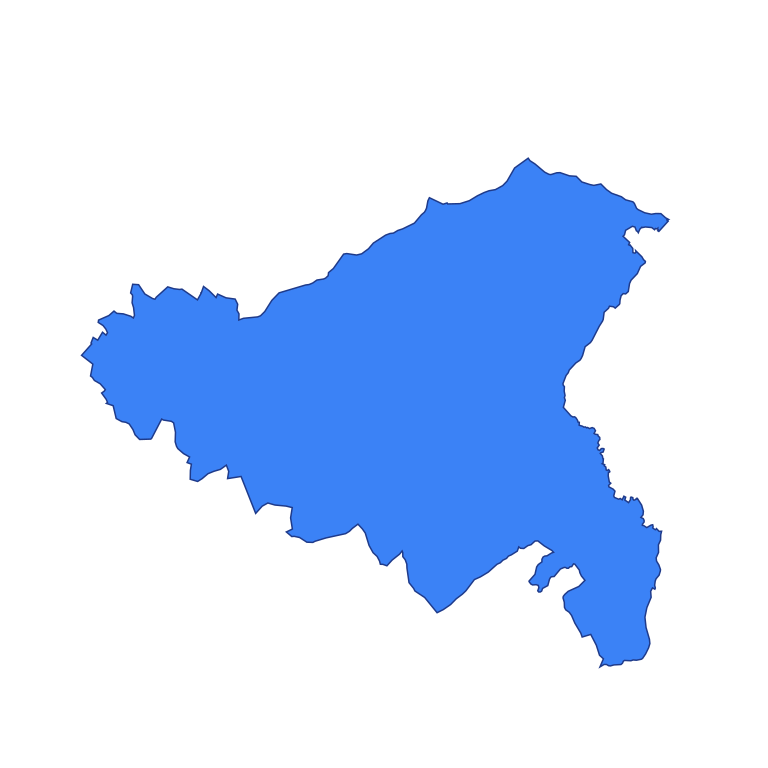 the district of Los Palmitos, Sucre, Colombia, rotated 189°
{"feature_id": "7082276B95159519870564", "entity_name": "Los Palmitos", "entity_type": "district", "adm_level": 2, "iso_a3": "COL", "parent_name": "Colombia", "parent_adm1": "Sucre", "projection": "orthographic", "projection_center": [-75.243, 9.42], "detail": "fine", "context": "isolated", "style": "filled", "palette": "blue", "viewbox_px": 768, "rotation_deg": 189, "n_neighbors": 0, "source": "geoboundaries", "source_scale": "gbopen_adm2", "svg_char_len": 6119}
<svg xmlns="http://www.w3.org/2000/svg" viewBox="0 0 768 768"><g transform="rotate(189 384 384)"><path d="M84.4,223.7L84.1,224.9L85.2,227.6L85.3,231.9L84.8,234.2L82.4,238.2L81.8,242.6L81.9,244.0L84.2,248.3L87.1,251.7L88.0,254.9L86.5,260.6L87.8,268.1L86.4,273.0L87.1,278.5L86.8,282.0L89.2,281.5L92.3,283.8L92.9,282.6L93.9,282.7L96.1,284.0L95.9,285.3L96.6,287.0L98.2,286.4L102.0,283.3L105.4,284.8L106.7,284.8L106.8,286.0L105.5,288.4L105.8,290.1L106.9,291.6L109.4,292.4L107.7,295.3L107.9,298.9L110.6,304.7L115.9,310.7L116.3,310.7L116.3,309.9L117.0,310.0L118.2,308.6L119.2,308.4L120.0,309.1L120.5,310.7L122.3,311.0L122.7,310.4L122.5,308.1L123.9,305.1L128.0,307.1L127.6,310.0L129.5,310.7L130.6,306.9L132.8,307.9L134.1,306.9L138.6,308.0L139.6,309.3L139.1,314.3L141.2,316.0L145.8,317.6L146.3,319.0L144.5,321.5L146.1,322.4L148.2,328.4L148.5,331.9L147.4,332.3L147.3,333.0L148.7,334.6L150.1,333.5L151.1,333.9L151.9,336.7L153.7,337.7L153.4,338.8L156.0,339.4L155.3,340.1L155.6,344.4L156.1,344.5L157.1,347.2L159.6,349.3L159.1,350.1L156.9,351.1L156.4,354.2L157.6,354.6L159.3,354.2L160.6,352.1L162.3,352.5L163.4,354.2L161.9,357.3L163.6,359.2L162.9,362.0L162.1,362.9L162.6,365.0L164.2,366.0L165.0,367.5L167.3,367.4L168.8,368.0L167.8,370.9L169.5,373.0L171.6,373.5L174.1,372.1L176.1,372.9L177.0,372.4L178.3,373.1L179.9,372.7L181.2,373.3L184.8,373.8L185.1,376.7L186.5,376.8L187.1,378.3L189.0,380.5L190.5,381.4L192.4,381.0L194.6,381.9L203.2,389.0L202.4,396.3L203.7,398.7L203.4,401.0L204.9,405.1L205.4,409.6L206.8,410.9L207.3,412.4L205.5,420.9L203.8,423.9L203.2,426.8L197.8,434.8L194.1,438.3L193.2,440.2L192.3,443.3L191.2,452.3L186.6,457.2L185.3,459.8L180.4,474.8L178.0,480.3L177.6,482.1L177.8,489.3L174.1,493.9L173.5,496.1L169.4,496.2L167.5,495.1L164.1,499.3L163.7,500.2L164.0,504.0L163.6,508.3L161.9,510.7L159.4,510.8L157.2,513.5L157.2,521.6L156.2,525.2L151.1,532.6L149.0,540.3L145.0,544.5L145.0,546.0L147.2,547.5L149.2,550.0L156.2,555.0L155.7,553.6L156.6,552.5L158.7,552.7L159.5,556.8L162.7,559.8L163.1,559.4L164.2,559.8L163.5,562.2L171.0,567.3L169.8,569.0L169.4,573.6L163.4,578.6L160.7,578.3L158.7,574.8L157.4,574.3L156.5,573.2L155.5,577.0L153.8,579.2L153.3,578.9L150.4,580.0L144.0,580.4L140.9,578.7L140.3,580.0L138.8,579.9L138.0,580.7L138.0,579.8L137.1,579.1L137.6,578.2L136.4,577.7L128.4,589.9L129.5,589.2L130.3,590.4L128.8,591.1L131.9,592.2L137.2,595.6L142.2,594.9L146.5,593.5L153.3,593.9L160.3,596.0L162.0,597.0L165.0,601.6L166.7,602.9L174.2,603.7L178.8,606.1L189.0,608.0L194.6,610.8L201.1,615.5L207.8,613.0L211.8,613.2L220.2,614.5L226.6,619.2L233.4,618.6L243.2,620.3L246.5,619.6L252.0,616.9L253.9,616.9L258.5,618.4L269.2,624.9L274.8,627.4L276.9,629.6L288.8,617.8L294.2,603.6L297.8,598.5L304.4,593.4L310.5,591.3L315.0,588.8L321.2,584.5L328.4,578.4L337.2,574.0L349.2,571.8L350.0,572.7L353.8,570.8L368.3,575.1L369.3,571.8L369.5,564.3L370.2,561.8L371.0,559.9L373.5,557.0L379.1,547.7L389.9,540.1L394.4,537.8L398.3,534.5L401.6,533.6L405.7,531.3L416.5,521.6L420.5,515.1L426.4,509.1L431.2,507.1L441.2,507.0L444.2,506.0L452.1,490.1L456.2,485.4L456.1,482.2L458.3,479.4L460.2,478.2L466.5,476.2L470.2,472.6L473.6,470.5L477.0,469.5L501.9,457.6L507.9,449.0L513.1,436.9L516.6,432.1L519.3,430.5L533.1,426.9L537.4,424.5L538.2,430.6L540.8,433.9L541.0,439.9L544.3,444.6L553.5,444.4L562.4,446.8L563.4,443.1L571.5,448.9L577.5,452.1L578.7,445.5L579.1,445.4L579.0,444.5L581.4,437.9L598.4,446.1L600.7,445.4L606.4,445.2L612.8,446.1L622.5,434.1L623.5,431.9L625.9,432.2L634.3,435.5L641.9,443.7L647.8,443.2L648.5,434.3L646.5,432.7L646.0,431.2L645.5,424.8L643.3,420.3L641.2,412.7L641.9,410.0L644.7,411.3L652.4,412.5L659.0,412.0L662.1,413.8L666.4,408.6L675.9,402.5L675.9,400.1L670.6,397.8L667.3,394.7L665.1,391.4L666.2,388.8L670.1,391.1L673.6,382.5L678.5,384.5L679.8,378.6L679.0,377.8L687.2,365.0L674.7,358.1L675.1,346.0L673.1,344.9L670.6,342.2L664.3,339.8L658.4,334.9L659.2,333.2L661.5,330.9L656.0,325.4L654.2,322.6L655.2,321.4L648.1,320.2L643.1,308.0L636.9,305.8L633.0,305.8L629.4,304.7L624.8,299.7L621.9,294.9L616.7,291.0L605.7,293.1L605.0,294.0L598.1,314.6L596.3,313.9L588.2,313.9L585.7,312.7L582.4,303.7L581.2,294.2L579.2,290.0L577.5,287.9L571.1,283.9L564.6,281.5L566.2,275.6L561.7,274.7L561.7,268.4L560.5,259.6L552.8,258.6L548.8,262.1L543.8,267.9L538.3,271.2L532.2,274.1L527.0,279.2L523.7,273.4L523.7,266.1L510.7,270.3L490.5,236.1L485.2,244.3L480.1,248.3L472.8,247.4L461.6,248.1L455.3,247.6L455.3,237.1L451.8,226.4L457.3,222.6L451.2,218.9L448.9,219.5L443.4,219.2L435.5,215.7L429.5,216.4L427.5,217.9L417.2,222.9L398.5,230.2L395.1,233.1L392.7,236.4L387.8,241.5L382.7,237.5L379.2,233.9L373.5,222.2L368.4,215.7L363.8,212.6L360.7,208.4L359.4,205.4L356.9,205.7L352.7,204.9L348.4,211.4L342.0,218.4L340.0,221.9L339.1,220.4L338.4,216.4L335.6,213.8L333.3,209.7L332.5,205.7L328.2,191.7L322.7,186.7L321.1,184.4L310.4,179.5L295.8,166.4L290.1,170.5L283.7,176.6L279.0,183.2L273.7,188.7L270.8,192.5L264.1,205.0L258.6,208.6L251.6,214.5L244.1,223.7L241.1,225.7L239.0,228.6L235.7,230.9L234.2,233.5L231.6,235.1L226.2,239.8L225.4,244.2L223.5,243.1L220.2,243.4L216.6,246.9L213.6,248.3L210.3,252.5L207.5,253.1L200.5,249.2L192.1,245.8L190.2,244.3L192.1,243.3L196.1,239.8L198.3,239.2L199.8,238.0L200.6,235.6L200.2,233.0L203.4,229.8L204.6,227.2L205.1,219.6L209.9,212.1L209.8,211.5L207.6,209.4L205.8,208.8L202.3,209.6L200.1,209.2L199.2,207.1L199.8,203.8L198.7,202.8L197.1,203.0L195.9,204.1L195.4,206.9L190.7,210.5L190.0,217.1L189.3,218.9L188.5,219.8L185.8,220.5L180.8,228.9L177.4,231.0L176.0,231.2L174.5,230.6L173.0,230.9L171.8,232.5L170.0,233.0L168.7,236.0L167.3,235.9L162.0,230.8L161.0,228.2L159.0,225.3L154.8,221.5L159.9,214.5L169.6,208.1L172.5,204.5L173.7,202.3L173.7,200.7L171.8,196.7L170.8,191.6L169.2,189.4L165.3,187.5L162.5,184.7L158.1,177.7L150.7,168.8L148.7,165.1L140.6,169.0L133.4,159.2L128.7,149.8L124.3,146.9L126.4,138.4L122.8,141.4L120.4,141.8L118.1,140.9L116.2,141.0L113.0,142.5L106.1,144.0L104.8,145.5L104.2,147.7L103.2,148.6L96.8,149.3L94.8,150.4L91.4,150.7L86.8,152.4L85.7,153.4L83.4,158.3L81.4,164.8L80.8,169.2L81.9,173.4L87.1,184.5L89.8,194.5L89.4,204.2L86.8,215.1L88.2,221.0L86.9,224.6L84.4,223.7Z" fill="#3b82f6" stroke="#1e3a8a" stroke-width="1.5"/></g></svg>